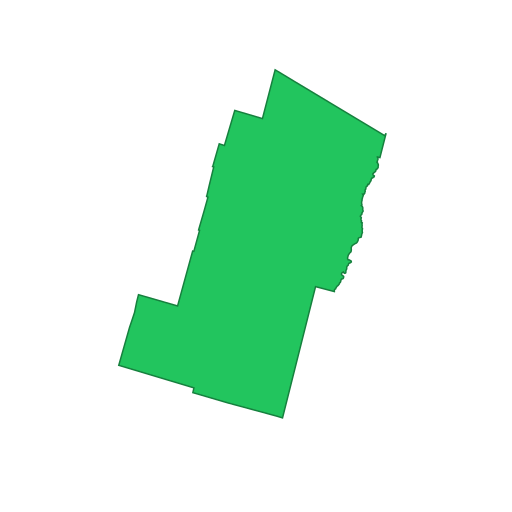 outline of Suipacha, Buenos Aires, Argentina, rotated 242°
{"feature_id": "61730980B93203446510136", "entity_name": "Suipacha", "entity_type": "district", "adm_level": 2, "iso_a3": "ARG", "parent_name": "Argentina", "parent_adm1": "Buenos Aires", "projection": "robinson", "projection_center": [-59.716, -34.739], "detail": "fine", "context": "isolated", "style": "filled", "palette": "green", "viewbox_px": 512, "rotation_deg": 242, "n_neighbors": 0, "source": "geoboundaries", "source_scale": "gbopen_adm2", "svg_char_len": 4454}
<svg xmlns="http://www.w3.org/2000/svg" viewBox="0 0 512 512"><g transform="rotate(242 256 256)"><path d="M139.4,162.3L104.9,199.1L100.6,203.4L201.0,294.2L187.8,308.5L188.1,308.7L188.6,308.9L189.3,309.4L189.6,309.8L189.6,310.4L189.6,310.9L190.2,311.5L190.6,312.1L190.9,312.7L191.1,313.2L191.4,313.8L191.4,314.1L191.4,314.6L191.7,315.1L191.9,315.7L192.2,316.4L192.6,316.9L193.0,317.1L193.1,317.5L193.2,318.2L193.6,318.7L194.2,319.1L194.7,319.6L195.1,320.0L195.3,320.3L195.5,320.9L195.2,321.5L195.2,322.3L195.7,323.1L196.3,323.5L196.5,323.7L197.0,323.8L197.3,323.7L197.9,323.3L198.3,323.1L199.1,322.9L199.8,322.9L200.5,323.5L200.8,324.3L200.9,325.3L200.9,325.7L200.5,325.7L200.1,325.7L199.5,325.8L199.1,326.1L199.0,326.5L198.9,327.1L199.3,327.6L199.8,327.9L200.4,328.2L201.0,328.6L201.2,328.9L201.7,329.7L202.7,330.5L203.5,330.8L204.0,331.3L204.4,332.1L204.5,332.9L204.8,333.3L205.9,334.3L205.8,335.2L205.7,336.3L206.0,337.4L206.8,337.7L207.8,337.1L208.6,336.7L209.0,336.2L209.3,335.6L210.6,335.6L211.9,336.4L213.0,337.5L213.5,337.9L214.1,339.1L214.7,340.2L215.0,341.6L215.6,342.3L216.7,343.1L217.7,343.5L218.7,344.0L219.9,345.5L220.2,347.2L220.4,349.1L220.3,350.5L220.5,351.4L221.0,352.3L221.8,353.4L222.7,354.1L223.5,354.5L223.8,355.2L223.6,356.0L223.3,357.7L224.1,358.4L224.9,359.1L225.9,359.9L226.5,360.7L226.9,361.1L227.1,361.1L227.8,361.3L228.4,361.6L228.9,361.9L229.1,362.0L229.5,362.2L229.7,362.6L230.1,362.8L230.4,363.0L230.7,363.0L231.3,362.8L231.6,362.9L232.1,363.3L232.5,363.7L233.0,364.0L233.7,364.3L234.2,364.5L234.5,364.6L234.9,364.9L235.3,365.4L235.6,365.4L235.9,365.1L236.1,364.8L236.5,364.8L236.9,365.2L237.3,365.6L237.8,365.8L238.3,365.7L238.8,365.7L239.1,365.9L239.5,366.1L239.9,366.4L240.0,366.7L240.4,367.0L241.3,366.9L241.7,366.7L242.0,366.7L242.3,366.9L242.5,367.4L242.7,367.7L242.9,368.1L242.9,368.3L243.0,368.8L243.5,369.4L243.8,369.4L244.1,369.5L244.4,370.0L244.6,370.3L244.9,370.9L245.3,371.6L245.8,371.8L246.1,371.9L246.5,372.0L246.9,372.0L247.3,372.2L247.6,372.4L248.2,372.9L248.8,373.0L249.2,373.1L249.6,373.1L250.0,373.1L250.4,372.9L250.7,372.7L251.0,372.6L251.1,373.0L251.2,373.3L251.3,373.4L251.5,373.6L252.0,373.7L252.5,373.8L253.0,374.1L253.5,374.3L253.9,374.5L254.3,374.8L254.5,375.0L254.9,375.3L255.2,375.7L255.7,375.8L256.0,376.2L256.6,376.5L256.8,376.8L257.1,377.1L257.5,377.4L257.8,377.6L258.1,378.1L258.3,378.3L258.6,378.6L258.9,378.9L259.2,379.2L259.5,379.2L259.8,379.2L260.0,379.4L260.2,379.2L260.5,379.2L260.3,379.5L260.2,379.7L260.0,380.0L259.8,380.3L260.1,380.6L260.3,380.7L260.4,381.1L260.4,381.5L260.9,381.8L261.3,382.2L261.6,382.6L262.0,382.9L262.6,383.0L263.1,383.3L263.3,383.8L263.5,384.3L263.9,384.6L264.2,384.8L264.6,385.0L265.0,385.4L265.4,385.8L265.5,386.2L265.5,386.8L265.7,387.0L265.7,387.3L265.8,387.6L266.3,387.8L266.5,388.0L266.8,388.3L266.9,388.5L266.7,388.8L266.4,389.1L266.6,389.3L266.6,389.5L266.6,389.9L266.7,390.1L267.0,390.3L267.2,390.6L267.4,390.9L267.7,391.4L267.9,391.7L268.1,391.8L268.1,392.2L268.2,392.4L268.4,392.6L268.6,393.0L268.9,393.1L269.0,393.2L269.2,393.4L269.4,393.6L269.6,393.7L269.8,394.0L270.0,394.1L270.1,394.3L270.2,394.6L270.4,394.8L270.4,395.1L270.2,395.4L270.1,395.6L270.2,395.8L270.4,396.0L270.4,396.4L270.6,396.6L270.6,396.8L270.5,397.1L270.4,397.4L270.8,397.8L271.1,398.1L271.4,398.0L271.7,397.9L271.9,397.7L272.1,397.5L272.5,397.5L272.8,397.5L273.1,397.5L273.3,397.6L273.7,397.7L273.9,398.0L273.8,398.3L273.9,398.6L274.0,398.9L274.1,399.0L274.3,399.2L274.3,399.8L274.3,400.2L274.5,400.4L274.5,401.0L274.6,401.3L274.9,401.5L275.0,401.8L275.5,402.1L275.9,402.4L276.1,402.7L275.8,403.3L276.0,403.7L276.2,403.9L276.4,404.3L276.4,404.8L276.6,405.1L276.9,405.4L277.2,405.7L277.6,405.8L278.0,406.0L278.5,406.5L278.8,406.7L279.2,406.8L279.5,407.0L280.0,407.0L280.3,406.9L280.9,407.1L281.4,407.0L281.8,406.7L282.1,406.8L282.3,407.0L282.4,407.3L282.7,407.7L283.1,407.9L283.5,408.4L284.0,409.0L284.6,409.3L285.0,409.5L285.5,409.6L286.1,409.5L286.5,409.7L284.7,411.6L303.3,428.5L301.9,426.1L392.2,371.8L404.8,364.3L411.4,360.3L374.3,326.2L394.5,305.6L368.4,280.0L372.3,276.2L355.4,259.9L355.3,259.7L354.5,260.5L340.9,248.4L332.2,240.8L332.1,240.5L331.9,240.4L331.7,240.3L331.4,240.6L331.2,240.8L330.8,240.9L330.5,240.9L330.4,241.1L320.0,231.2L305.9,217.5L305.1,218.2L289.3,203.3L290.1,202.4L248.7,163.3L277.0,134.1L271.6,129.2L263.1,122.2L257.0,115.8L252.3,110.8L223.9,83.5L168.7,139.3L165.0,136.1L139.4,162.3Z" fill="#22c55e" stroke="#15803d" stroke-width="1.5"/></g></svg>